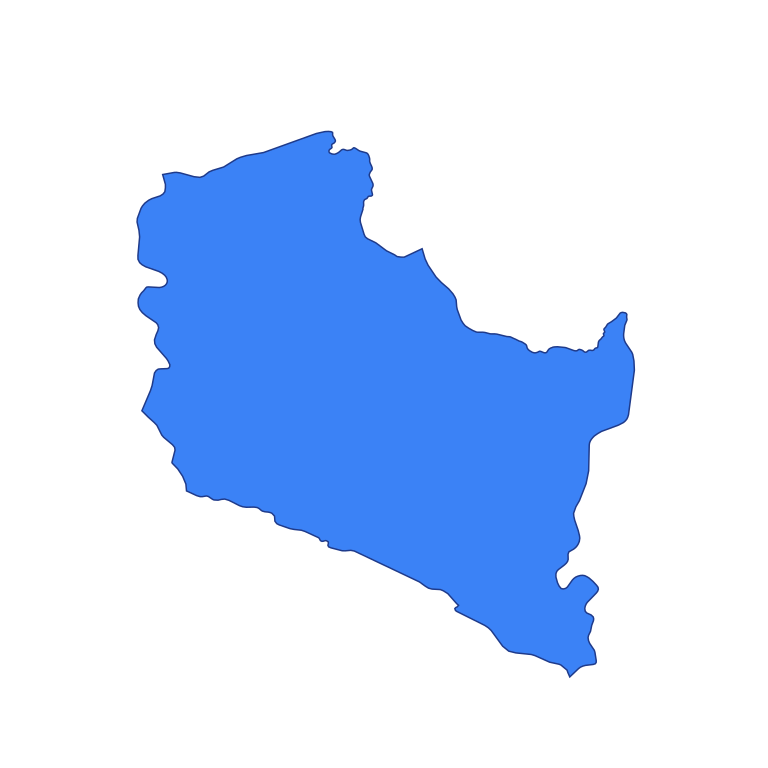 outline of Nord-Kivu, rotated 107°
{"feature_id": "COD-1898", "entity_name": "Nord-Kivu", "entity_type": "Province", "adm_level": 1, "iso_a3": "COD", "parent_name": "Democratic Republic of the Congo", "parent_adm1": "", "projection": "natural_earth1", "projection_center": [28.468, -0.551], "detail": "fine", "context": "isolated", "style": "filled", "palette": "blue", "viewbox_px": 768, "rotation_deg": 107, "n_neighbors": 0, "source": "natural_earth", "source_scale": "10m", "svg_char_len": 6170}
<svg xmlns="http://www.w3.org/2000/svg" viewBox="0 0 768 768"><g transform="rotate(107 384 384)"><path d="M544.0,541.6L537.6,544.2L531.1,549.6L525.5,556.4L521.8,563.1L521.5,563.5L521.1,563.8L520.7,563.9L508.3,564.5L505.8,565.7L503.9,568.5L499.4,579.1L497.8,581.6L489.9,589.1L488.0,592.5L484.5,600.0L480.4,607.7L458.6,605.4L453.3,605.3L440.6,606.7L437.7,605.8L435.8,604.3L435.0,602.5L432.7,596.0L431.9,594.6L430.2,594.0L428.2,594.4L425.1,597.2L423.2,599.5L415.3,612.2L412.5,614.9L408.9,616.4L403.2,616.3L399.2,615.8L396.0,616.0L393.4,617.7L392.0,619.8L388.3,631.7L386.4,636.0L384.2,639.2L381.5,641.5L378.3,642.9L374.5,643.8L370.2,643.3L367.7,642.5L365.1,641.1L361.6,639.8L360.7,639.2L360.1,637.9L357.4,627.0L356.4,625.0L355.1,623.3L353.5,622.0L351.8,621.3L349.9,621.1L347.8,621.7L345.6,623.4L344.1,625.5L342.9,628.6L342.2,632.2L341.6,646.1L340.7,650.2L339.4,653.1L336.7,655.7L333.0,656.9L314.8,660.7L308.8,663.2L301.3,667.5L297.7,668.3L287.0,667.7L284.3,667.0L281.0,665.6L277.1,662.8L274.6,660.2L269.5,653.0L267.0,650.9L264.2,649.8L260.3,650.4L257.0,651.4L248.4,656.9L243.0,646.4L242.3,644.4L241.7,640.5L241.3,626.2L240.2,620.4L237.9,617.2L232.3,613.3L229.7,610.2L223.4,600.8L211.7,590.6L209.2,587.6L205.7,582.3L197.9,566.9L164.2,521.9L159.9,514.3L158.7,511.0L158.2,508.4L158.4,506.8L159.2,506.4L160.1,506.2L160.9,505.9L161.8,505.3L164.4,502.4L165.2,501.8L165.9,501.5L166.8,501.6L167.6,501.9L168.3,502.3L168.9,502.9L169.5,503.5L170.2,503.9L170.9,503.9L172.4,503.2L173.0,502.9L173.7,503.1L174.3,503.5L175.0,504.1L175.7,504.6L176.5,504.8L177.3,504.8L178.1,504.4L178.8,503.8L179.2,501.4L179.1,500.2L178.9,499.1L178.6,498.2L178.1,497.5L177.0,496.2L175.8,495.1L172.5,493.0L172.1,492.6L171.7,492.0L171.4,491.1L171.4,489.9L171.5,488.4L171.4,487.4L171.0,486.5L170.2,484.9L169.7,484.2L169.1,483.5L168.4,483.0L167.7,482.6L167.0,482.1L166.8,481.2L167.0,480.0L168.1,476.3L168.3,474.8L168.1,468.6L168.3,467.5L168.9,466.5L170.0,465.4L172.3,463.8L173.8,463.2L175.1,462.9L176.1,462.3L177.4,461.3L179.5,459.4L180.8,458.5L182.0,458.1L182.9,458.2L185.4,459.1L187.4,459.3L188.4,459.3L189.6,458.6L195.5,453.3L196.2,452.9L197.0,452.6L197.9,452.4L198.9,452.5L200.8,452.8L201.7,452.8L202.6,452.5L205.8,450.6L206.2,450.4L206.9,450.3L207.5,450.7L208.1,451.3L208.7,453.1L209.2,453.8L210.0,454.1L210.8,454.3L211.6,454.6L213.0,456.1L213.5,456.5L214.3,456.7L215.2,456.8L216.1,456.7L218.7,455.8L219.6,455.6L222.1,455.6L223.1,455.2L231.1,455.3L233.8,454.9L236.3,453.8L246.7,446.8L248.8,444.9L249.9,442.2L251.4,433.0L255.9,420.5L257.4,411.5L258.3,408.8L257.7,404.9L256.8,401.8L243.5,387.1L252.3,381.3L257.5,376.6L266.5,365.5L270.2,358.8L274.1,350.0L277.6,344.4L280.2,341.5L282.5,339.6L288.8,337.1L291.4,335.7L300.3,329.0L302.9,326.0L304.6,323.4L305.9,319.2L306.9,314.6L307.3,310.7L307.1,309.5L305.6,304.7L305.2,302.5L305.0,297.8L304.9,296.7L303.7,292.7L303.3,290.6L302.7,280.4L302.1,277.8L302.0,276.8L302.6,272.6L302.7,271.4L303.4,267.3L303.4,265.1L303.6,263.8L304.5,260.6L305.0,259.5L305.7,258.8L307.6,257.7L308.9,256.2L309.6,254.4L310.3,251.6L310.3,250.0L310.1,248.7L309.7,247.9L309.2,247.1L308.7,246.4L307.5,245.2L307.1,244.6L307.0,243.5L307.3,240.1L307.1,239.0L306.6,238.1L305.9,237.6L303.2,236.8L302.5,236.5L301.8,236.0L300.6,234.8L300.1,234.0L299.5,233.4L299.1,232.7L298.7,231.8L297.7,229.1L296.2,221.7L296.1,220.5L296.5,212.3L296.4,210.9L296.1,209.9L295.7,209.1L294.2,208.0L293.7,207.0L293.7,204.9L294.0,203.5L294.6,202.2L294.8,201.2L294.6,200.3L294.1,199.6L292.0,198.2L291.6,197.4L291.3,196.4L291.2,195.3L290.9,194.3L290.4,193.6L289.7,193.1L288.9,192.9L288.2,192.5L287.7,192.0L287.1,190.9L286.7,190.5L285.9,190.4L281.3,191.2L280.4,191.1L279.5,190.9L277.3,189.6L275.6,189.0L274.8,188.6L274.2,188.1L273.6,187.8L272.9,188.1L272.4,188.5L271.8,188.9L271.2,188.8L270.7,188.4L270.0,188.1L269.3,188.3L268.1,189.3L267.4,189.7L266.6,189.6L265.2,188.8L264.4,188.5L261.6,187.8L260.9,187.4L259.7,186.3L257.8,184.6L253.0,181.1L247.2,178.9L246.4,178.1L245.7,176.8L245.4,174.0L245.8,172.8L246.5,172.1L248.5,171.7L249.4,171.4L251.2,170.5L252.1,170.4L257.5,170.9L265.9,169.5L268.0,168.9L270.1,168.0L272.2,166.7L274.1,165.0L281.2,156.3L283.0,154.8L288.9,151.7L297.6,148.6L341.9,141.2L344.3,141.2L346.5,141.5L348.7,142.4L350.8,143.7L354.7,147.7L365.7,162.1L368.8,165.0L372.1,167.6L374.2,168.7L376.2,169.5L378.1,170.0L380.2,170.2L382.3,169.9L407.2,162.9L420.2,161.6L438.4,163.0L445.3,164.6L452.2,164.9L455.0,163.8L458.5,161.8L467.4,155.4L472.1,152.6L474.2,151.7L477.5,151.2L480.3,151.5L482.2,152.0L484.3,152.9L486.4,154.3L490.1,157.8L490.5,158.1L491.3,158.2L493.1,158.2L497.9,156.6L500.0,156.6L502.1,157.3L504.2,158.5L510.5,163.0L512.7,164.0L515.3,164.1L518.4,163.1L523.3,160.0L526.0,157.5L527.8,154.8L527.6,152.7L526.4,150.6L524.6,149.3L516.5,146.6L514.5,145.6L512.6,144.2L511.0,142.3L509.7,140.2L508.9,138.1L508.6,135.9L509.0,133.4L509.6,131.1L511.7,126.4L514.3,121.9L515.8,119.9L517.6,119.0L519.8,119.1L521.9,119.9L533.4,125.8L535.1,126.3L537.4,126.6L539.9,126.4L542.5,125.1L543.7,123.1L544.3,118.4L545.6,115.8L547.3,114.8L549.1,114.5L554.0,114.8L560.1,114.2L564.5,114.9L566.9,114.7L569.6,113.4L571.9,111.5L577.2,105.0L579.0,103.8L586.4,100.2L588.1,99.7L589.7,100.1L591.0,101.9L594.2,109.1L595.6,111.3L597.3,113.3L599.2,114.7L609.8,120.7L606.2,123.8L604.1,125.3L601.0,132.7L600.8,134.6L601.6,144.3L599.6,160.2L599.6,164.1L602.6,179.3L603.0,186.6L600.1,193.8L588.4,209.4L586.6,213.0L585.4,217.0L580.2,248.0L579.7,249.4L578.1,250.6L576.9,250.1L575.8,248.9L573.8,248.0L572.9,250.1L565.8,261.7L564.4,266.8L564.1,270.0L566.1,278.2L566.2,281.8L565.3,285.3L562.9,292.3L552.4,363.6L552.8,367.2L554.9,372.4L555.7,375.3L556.2,386.8L555.9,389.4L554.6,390.5L552.8,390.6L551.3,391.1L550.7,393.2L550.9,394.3L552.2,396.3L552.6,397.4L552.4,398.9L551.6,399.8L550.7,400.6L550.1,401.6L548.1,416.4L548.0,420.3L549.4,427.7L549.8,431.6L549.4,443.0L548.9,445.7L547.1,448.2L542.3,450.1L540.4,453.4L540.2,455.1L540.3,457.0L541.0,460.5L541.1,463.3L540.5,465.1L539.7,466.8L539.2,469.0L539.7,472.3L542.1,479.6L542.7,483.2L542.6,486.6L540.6,498.2L540.6,502.7L541.9,505.8L543.6,508.7L544.6,512.7L544.4,514.3L542.9,519.1L543.0,521.1L544.9,524.9L545.5,527.0L545.5,530.6L544.0,541.6Z" fill="#3b82f6" stroke="#1e3a8a" stroke-width="1.5"/></g></svg>